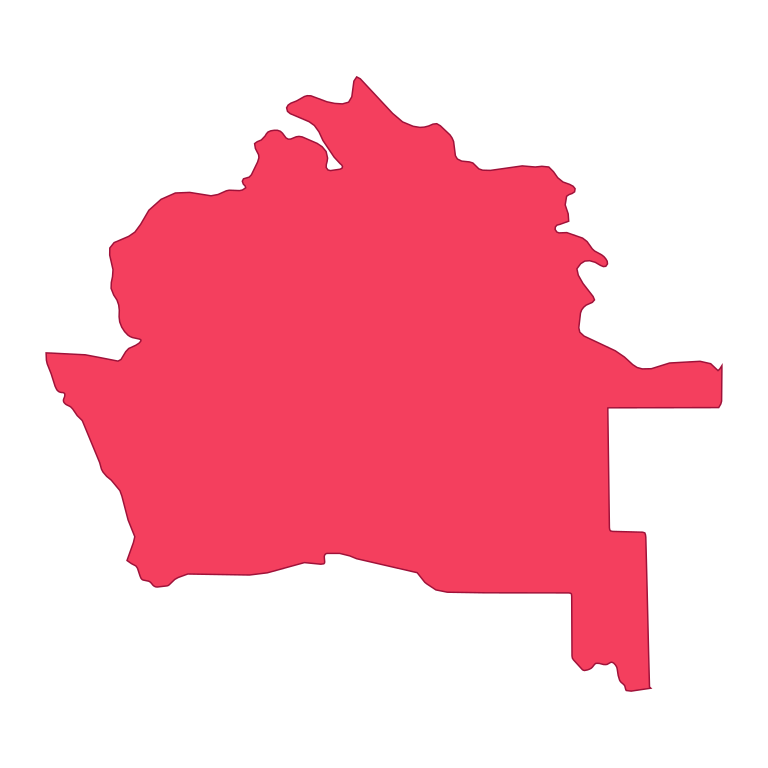 map outline of Tashauz (Robinson projection)
{"feature_id": "TKM-353", "entity_name": "Tashauz", "entity_type": "Province", "adm_level": 1, "iso_a3": "TKM", "parent_name": "Turkmenistan", "parent_adm1": "", "projection": "robinson", "projection_center": [58.681, 41.132], "detail": "fine", "context": "isolated", "style": "filled", "palette": "rose", "viewbox_px": 768, "rotation_deg": 0, "n_neighbors": 0, "source": "natural_earth", "source_scale": "10m", "svg_char_len": 4233}
<svg xmlns="http://www.w3.org/2000/svg" viewBox="0 0 768 768"><path d="M356.7,76.9L360.3,78.8L392.6,113.4L402.6,121.9L413.2,126.3L419.9,127.4L424.3,127.1L428.6,126.0L433.0,124.1L436.8,123.7L440.4,125.8L450.0,134.9L452.1,138.0L453.6,141.5L455.4,155.7L457.4,159.0L461.7,161.1L469.4,161.9L472.9,163.0L478.9,168.9L482.7,170.2L490.4,170.4L522.2,165.9L535.2,167.0L541.9,166.3L548.8,167.0L553.5,171.7L557.7,177.7L563.0,182.0L569.7,184.4L573.2,186.3L575.1,188.7L574.6,191.8L572.1,193.5L569.0,194.6L566.6,196.3L565.2,204.9L568.2,213.9L568.7,221.2L559.8,224.4L559.7,224.4L557.0,225.1L555.4,226.9L555.1,229.4L556.8,232.0L559.0,232.9L566.8,232.6L582.6,238.1L587.1,241.6L590.6,246.5L592.3,248.9L594.6,251.0L601.7,254.9L603.9,256.6L605.7,258.7L607.2,261.2L607.5,263.9L605.8,266.3L603.4,266.6L600.5,265.4L595.2,262.3L589.6,260.7L584.8,261.1L580.7,263.7L576.9,268.8L578.3,275.2L583.0,283.5L593.1,296.5L594.5,299.9L592.4,302.3L586.2,305.1L583.7,307.2L581.7,309.8L580.5,313.0L578.8,327.8L579.8,332.2L584.1,336.1L600.7,343.9L615.3,350.8L624.4,357.0L632.7,364.6L637.1,367.5L642.3,368.9L651.4,368.7L669.6,363.0L700.1,361.3L710.7,363.7L718.0,370.6L718.9,369.8L719.9,368.8L721.9,365.6L721.9,369.2L721.6,401.1L720.8,404.0L718.7,407.6L609.0,407.8L607.8,408.0L609.4,527.6L609.7,529.7L610.5,530.9L612.6,531.4L642.7,532.2L644.8,532.9L645.5,534.8L645.8,537.2L647.2,592.9L648.6,652.7L649.5,686.9L650.8,688.2L631.2,691.1L626.3,690.5L625.8,689.8L625.3,688.0L624.8,686.0L624.4,685.3L622.8,683.7L621.3,682.5L620.5,681.6L619.9,680.7L619.5,679.9L618.2,675.5L617.2,669.0L616.8,667.3L616.2,666.2L615.4,664.9L613.6,663.0L612.3,662.4L611.2,662.2L610.3,662.6L607.1,664.4L605.6,664.6L603.5,664.5L599.3,663.4L597.2,663.3L595.7,663.4L595.0,664.0L594.3,664.7L592.5,667.0L591.8,667.7L591.1,668.3L589.4,669.2L587.5,669.9L584.5,670.5L583.3,670.2L582.4,669.7L573.5,659.9L572.4,658.2L572.0,655.9L571.7,596.1L571.4,593.9L570.5,593.2L568.6,592.9L485.6,592.8L447.3,592.2L435.9,589.9L426.8,583.9L424.8,582.3L417.2,572.7L356.6,558.7L349.8,555.9L339.7,553.4L327.7,553.4L326.5,553.5L325.7,553.9L325.1,554.4L324.6,555.3L324.3,556.3L324.3,557.3L324.7,562.0L324.5,563.0L323.8,563.8L320.8,564.2L304.4,562.6L267.4,572.8L249.5,575.0L187.8,574.0L178.2,577.5L174.8,579.4L169.1,584.9L168.0,585.6L166.9,585.9L157.4,587.0L155.9,586.9L154.8,586.5L153.9,586.0L153.2,585.4L152.6,584.8L151.6,583.5L150.4,582.2L149.6,581.7L148.7,581.2L143.0,580.0L142.1,579.5L141.5,578.9L140.9,578.1L140.0,575.9L137.5,568.3L136.8,567.2L135.8,565.9L131.4,563.6L127.0,560.5L133.4,542.6L134.8,536.7L128.1,520.0L121.9,496.1L119.9,490.6L111.2,480.1L106.7,476.4L103.1,472.2L102.1,470.4L101.4,469.0L99.7,462.7L82.4,420.9L81.9,420.2L77.2,415.6L72.7,409.0L70.8,407.0L69.7,406.3L66.6,404.8L65.5,404.1L64.0,402.5L63.5,401.3L63.4,400.1L63.7,399.0L64.6,396.7L64.8,395.4L64.8,393.9L64.0,393.0L63.4,392.6L61.4,392.5L60.1,392.2L58.7,391.6L57.2,390.3L56.3,388.8L55.1,386.3L51.2,373.9L47.2,363.8L46.4,360.2L46.1,352.9L51.6,353.1L85.3,354.8L99.6,357.5L118.0,361.1L121.0,359.5L125.7,351.7L128.7,348.5L135.7,345.3L139.0,343.2L140.7,341.3L141.0,340.1L139.9,339.2L132.3,337.5L130.0,336.5L127.9,335.1L124.6,331.6L121.7,327.1L119.7,321.9L119.1,316.8L119.3,310.3L118.7,305.0L117.0,300.1L113.7,295.0L111.1,288.4L111.3,282.6L112.5,276.7L113.0,269.7L109.7,255.1L109.8,248.0L114.1,242.6L128.6,236.4L134.9,232.1L140.6,224.4L148.9,210.2L161.1,199.3L175.3,193.0L189.7,192.4L211.0,195.8L218.0,194.5L226.3,190.8L229.2,190.2L239.5,190.6L242.4,190.0L245.7,187.8L245.2,186.1L243.3,184.1L242.3,181.2L243.5,178.8L249.2,177.1L251.4,174.8L257.6,162.0L258.9,157.7L258.6,154.8L255.4,148.5L254.6,143.6L257.2,141.7L261.3,140.0L265.1,136.0L266.4,133.8L268.0,132.0L270.8,130.8L274.1,130.3L277.5,130.3L280.4,131.3L282.5,133.2L286.0,137.9L288.4,139.2L290.8,139.0L296.2,136.8L299.0,136.4L302.2,136.9L317.2,143.4L322.2,146.8L326.1,151.5L327.6,158.1L327.1,161.5L326.3,164.6L326.2,167.5L328.0,170.0L330.5,170.6L340.1,169.2L342.0,168.2L342.5,166.7L341.8,165.1L340.1,163.6L334.1,157.1L323.0,140.6L319.0,131.9L314.4,125.5L309.1,121.7L290.3,113.7L287.5,111.4L286.6,107.8L288.1,105.1L290.8,103.2L296.4,101.0L304.4,96.5L307.2,95.7L310.9,95.8L327.0,101.8L334.7,103.4L342.4,103.9L348.6,102.2L351.8,96.8L353.9,81.1L356.7,76.9Z" fill="#f43f5e" stroke="#9f1239" stroke-width="1.5"/></svg>